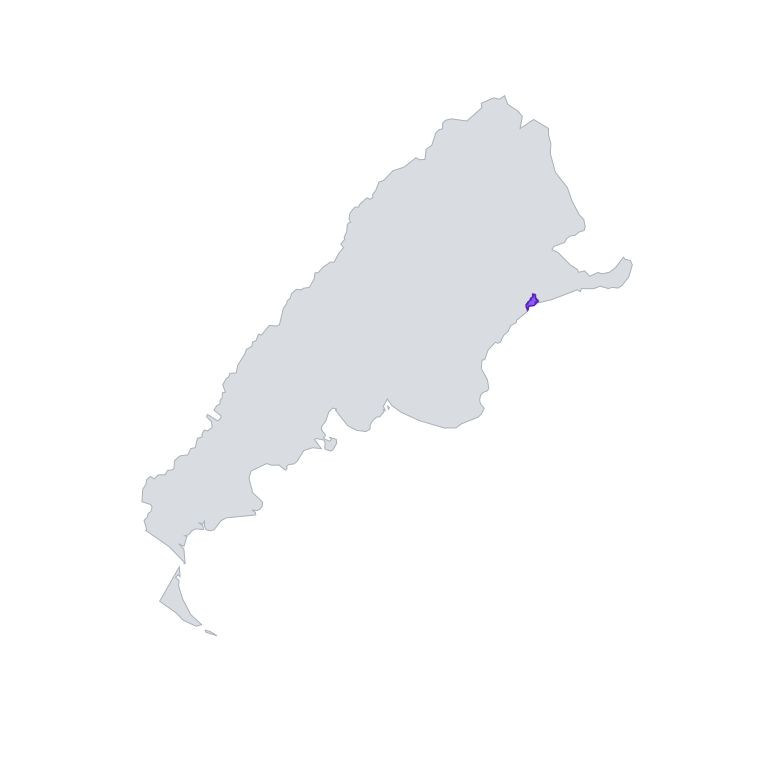 location of Monte Caseros, Corrientes, Argentina, rotated 33°
{"feature_id": "61730980B11613530457142", "entity_name": "Monte Caseros", "entity_type": "district", "adm_level": 2, "iso_a3": "ARG", "parent_name": "Argentina", "parent_adm1": "Corrientes", "projection": "robinson", "projection_center": [-57.85, -30.275], "detail": "fine", "context": "in_parent", "style": "filled", "palette": "violet", "viewbox_px": 768, "rotation_deg": 33, "n_neighbors": 0, "source": "geoboundaries", "source_scale": "gbopen_adm2", "svg_char_len": 6462}
<svg xmlns="http://www.w3.org/2000/svg" viewBox="0 0 768 768"><g transform="rotate(33 384 384)"><path d="M467.6,233.6L463.4,241.2L464.4,246.2L460.5,258.1L461.5,260.5L458.4,266.2L459.5,272.3L457.9,278.2L458.7,285.6L457.4,287.8L454.7,288.4L452.8,298.8L455.2,308.7L453.2,310.6L457.0,317.9L468.5,324.2L474.3,330.6L474.5,333.3L471.5,337.3L471.1,340.6L472.8,345.2L475.7,348.1L481.3,349.8L482.0,356.2L481.1,360.4L470.7,375.1L468.4,381.5L458.7,388.0L433.4,395.5L413.7,398.4L402.4,397.8L394.9,394.8L395.7,403.1L399.4,405.5L397.5,405.7L399.1,407.2L398.3,414.0L396.0,415.3L394.4,420.9L394.6,425.7L396.9,429.7L394.7,433.7L386.3,437.8L376.2,438.7L357.4,432.3L358.1,431.3L357.1,430.9L354.1,432.2L352.9,437.7L355.3,446.3L354.9,453.7L356.1,456.2L363.0,459.0L362.5,462.0L364.8,462.3L369.6,461.6L370.1,459.2L367.6,458.3L374.1,456.4L376.6,459.5L377.0,467.2L376.0,469.2L370.9,470.6L369.4,470.3L366.3,464.9L363.9,463.8L356.7,466.7L355.9,468.4L366.6,472.3L358.9,476.3L353.0,483.4L353.2,496.5L351.9,500.2L347.8,503.6L347.1,506.1L348.7,507.6L348.2,510.0L340.0,509.2L334.3,513.2L329.0,514.6L320.0,529.1L321.8,536.3L333.0,546.6L346.6,549.3L348.4,552.8L348.0,556.9L346.5,559.3L341.7,561.6L345.9,561.6L347.8,563.7L324.6,582.2L321.7,587.6L320.9,598.8L319.1,601.1L314.3,603.2L310.8,600.9L308.0,596.8L308.3,600.2L303.8,601.4L309.3,601.5L312.0,604.2L304.8,608.2L302.9,611.8L302.3,616.8L299.6,619.8L301.8,619.2L304.6,629.1L298.8,629.8L306.0,631.4L314.9,642.7L314.2,643.6L313.9,642.4L292.4,637.4L263.8,636.6L264.0,635.1L257.0,629.0L258.1,624.6L256.7,621.0L257.9,617.7L256.6,613.6L254.0,612.2L245.1,614.6L239.0,603.6L239.0,597.6L237.1,593.7L238.4,588.8L243.1,588.6L244.1,583.3L249.9,579.3L249.6,574.3L253.1,571.5L253.8,569.0L250.0,562.5L252.0,555.5L258.1,550.2L257.1,543.4L260.4,540.1L257.1,531.1L260.5,527.3L258.6,525.2L258.3,520.5L261.7,519.3L263.6,514.1L259.7,509.5L253.0,508.1L252.5,505.7L264.5,505.5L265.7,501.7L264.8,499.5L255.7,498.5L255.5,493.3L257.3,490.1L255.4,486.8L255.8,483.8L253.2,479.3L255.4,477.2L249.2,472.6L248.7,465.0L250.0,463.1L248.9,459.0L254.0,455.2L251.1,447.8L250.8,433.8L249.7,430.1L252.7,424.3L250.8,420.5L253.0,417.6L251.7,410.4L254.5,409.8L255.9,397.3L262.7,393.7L264.0,391.2L258.4,375.4L258.6,369.5L257.5,366.8L258.6,363.3L257.2,358.3L259.0,352.3L263.7,349.8L264.0,347.8L268.7,343.7L268.1,333.6L265.6,328.4L268.1,326.6L269.4,318.8L272.8,310.7L275.9,309.3L274.9,300.0L275.7,291.7L271.5,290.1L272.3,284.2L270.7,282.7L269.7,276.4L266.7,270.9L266.4,268.4L268.0,266.8L264.8,264.6L262.5,259.5L262.8,254.8L263.2,251.6L266.4,249.3L265.7,247.0L268.2,237.3L271.6,236.8L273.2,233.4L271.3,231.6L271.6,225.8L269.8,217.4L272.9,213.3L275.3,200.4L282.7,191.2L287.6,176.8L291.7,176.5L296.0,173.4L291.4,163.9L294.1,158.0L290.8,145.5L291.6,140.8L294.1,138.1L291.1,133.3L291.9,129.4L296.0,125.0L310.3,118.3L315.6,98.9L312.6,95.6L320.2,84.2L325.8,82.3L328.1,76.5L335.4,82.0L348.0,82.2L354.3,84.4L359.0,95.7L365.4,80.7L382.8,80.1L386.4,85.6L393.1,91.6L397.8,100.0L412.3,113.1L430.8,119.4L442.2,128.2L455.4,135.6L462.0,137.3L467.1,142.5L468.2,146.4L465.3,149.5L463.1,155.3L459.5,158.5L458.1,162.3L458.3,166.9L451.4,176.3L451.7,179.8L458.6,179.0L475.5,182.7L483.7,182.6L486.3,184.3L490.7,179.9L497.9,181.6L502.6,174.0L507.2,172.6L512.2,167.4L514.7,160.9L515.8,147.2L518.5,148.1L523.2,146.2L527.4,148.9L530.9,160.5L530.0,171.7L528.0,176.1L522.9,178.6L520.1,181.8L512.1,184.2L507.7,190.1L497.7,196.4L498.3,199.8L495.0,199.6L478.2,222.5L467.6,233.6ZM314.2,688.4L311.9,648.9L317.9,656.6L315.2,656.1L314.6,659.8L319.3,660.6L321.7,665.2L332.2,674.0L347.4,682.6L362.2,685.2L358.3,689.5L344.0,691.5L335.4,689.3L314.2,688.4ZM368.1,687.9L372.5,686.3L381.1,686.1L369.8,689.2L368.1,687.9ZM401.6,401.1L401.4,402.8L398.7,400.2L401.6,401.1Z" fill="#d9dde1" stroke="#a8b0b8" stroke-width="1"/><path d="M460.2,238.0L460.3,238.3L460.2,238.3L460.2,238.5L460.2,238.8L460.2,239.0L460.3,239.0L460.2,239.1L460.3,239.2L460.3,239.3L460.4,239.5L460.3,239.8L460.2,240.0L460.3,240.0L460.3,240.3L460.4,240.5L460.5,240.6L460.8,240.8L460.8,241.0L460.8,241.3L461.0,241.4L461.0,241.5L461.3,241.6L461.4,241.8L461.5,241.8L461.6,242.0L461.8,242.1L461.7,242.1L461.8,242.2L461.9,242.3L461.9,242.2L462.0,242.3L462.3,242.4L463.0,242.7L463.4,242.9L463.5,243.1L463.8,243.6L464.2,243.6L464.4,243.8L464.4,243.5L464.4,243.1L464.3,242.9L463.9,242.6L463.8,242.3L463.8,242.0L463.8,241.8L463.8,241.7L463.6,241.5L463.4,241.3L463.2,241.2L463.1,240.9L463.1,240.6L463.2,240.2L463.1,239.9L463.2,239.7L463.1,239.8L463.1,239.7L463.3,239.4L463.5,239.1L463.8,238.9L464.0,238.8L464.1,238.7L464.4,238.6L464.6,238.5L464.7,238.4L464.9,238.2L465.0,238.0L465.0,237.9L465.5,237.7L465.8,237.6L466.0,237.4L466.4,237.0L466.7,236.8L467.0,236.5L467.1,236.3L467.2,236.0L467.2,235.7L467.3,235.4L467.5,234.9L467.4,234.7L467.1,234.2L466.9,233.9L466.9,233.7L466.9,233.8L466.9,233.6L467.1,233.5L467.1,233.4L467.3,233.4L467.2,233.3L466.9,233.1L467.0,233.1L467.4,233.2L467.5,233.2L467.4,233.0L467.4,232.8L467.3,232.6L467.3,232.3L467.4,232.2L467.4,231.9L467.5,231.8L467.5,231.7L467.8,231.8L468.0,231.7L468.3,231.6L468.3,231.4L468.2,231.5L468.2,231.4L467.8,231.2L467.7,231.3L467.7,231.2L467.8,231.0L467.9,230.9L468.0,230.9L468.1,231.0L468.2,230.9L468.3,230.7L468.3,230.4L468.2,230.4L467.7,230.5L466.9,230.4L466.6,230.3L466.6,230.2L466.5,230.3L466.5,230.5L466.4,230.5L466.2,230.6L466.0,230.4L466.0,230.2L465.9,230.1L465.8,229.9L465.7,229.8L465.5,229.7L465.4,229.7L465.5,229.6L465.4,229.5L465.2,229.5L464.7,229.5L464.6,229.3L464.4,229.2L464.2,229.0L463.9,228.9L463.6,228.7L463.6,228.4L463.4,228.1L463.3,227.9L463.2,227.7L462.9,227.6L462.9,227.4L462.8,227.2L462.7,227.1L462.4,227.0L462.4,226.9L462.2,226.9L461.8,226.8L461.7,226.7L461.4,226.8L461.2,226.9L461.1,227.0L460.9,227.2L460.8,227.3L460.7,227.4L460.4,227.4L460.3,227.5L460.2,227.5L460.3,227.6L460.2,227.6L460.2,227.8L460.1,228.1L460.5,228.2L460.6,229.2L461.4,229.7L461.5,229.7L460.7,231.3L460.8,231.4L460.4,232.1L460.4,232.3L460.5,232.4L460.4,232.4L460.4,232.5L460.5,232.5L460.6,232.8L460.7,232.7L460.9,232.9L461.0,232.9L460.9,233.1L461.0,233.2L461.0,233.3L460.9,233.4L461.0,233.5L460.9,233.5L461.0,233.5L460.9,233.5L460.9,233.8L460.9,234.0L460.9,234.4L460.8,234.5L460.7,234.7L460.7,234.8L460.8,234.8L460.8,235.0L460.7,235.0L460.7,235.3L460.6,235.5L460.6,235.8L460.8,235.9L460.7,235.9L460.6,236.0L460.4,236.3L460.5,236.4L460.5,236.5L460.5,236.8L460.4,236.8L460.2,237.0L460.3,237.1L460.2,237.1L460.2,237.3L460.2,237.5L460.1,237.8L460.2,238.0L460.2,238.0Z" fill="#8b5cf6" stroke="#5b21b6" stroke-width="1.5"/></g></svg>